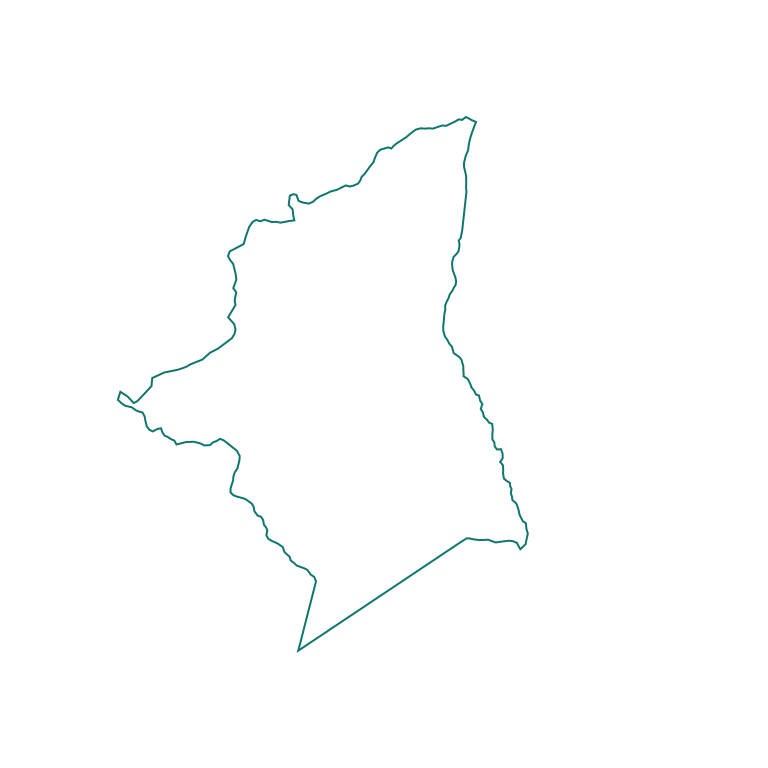 outline of Coronel Sapucaia, Mato Grosso do Sul, Brazil, rotated 36°
{"feature_id": "56859067B59177050807498", "entity_name": "Coronel Sapucaia", "entity_type": "district", "adm_level": 2, "iso_a3": "BRA", "parent_name": "Brazil", "parent_adm1": "Mato Grosso do Sul", "projection": "orthographic", "projection_center": [-55.397, -23.331], "detail": "fine", "context": "isolated", "style": "outline", "palette": "teal", "viewbox_px": 768, "rotation_deg": 36, "n_neighbors": 0, "source": "geoboundaries", "source_scale": "gbopen_adm2", "svg_char_len": 3741}
<svg xmlns="http://www.w3.org/2000/svg" viewBox="0 0 768 768"><g transform="rotate(36 384 384)"><path d="M304.4,117.9L299.7,119.0L296.5,119.3L293.3,119.9L292.0,124.4L288.8,126.1L287.2,130.0L284.7,134.5L282.6,138.5L279.2,140.6L276.7,144.0L273.5,148.6L269.9,150.8L267.2,153.2L263.2,155.7L260.1,159.7L258.2,165.9L256.9,171.4L255.2,175.8L253.8,179.4L252.6,182.6L251.8,186.0L251.5,189.2L248.5,190.0L246.2,192.8L243.3,196.7L242.5,200.9L243.8,206.6L245.1,210.9L244.8,214.7L244.8,221.0L244.8,225.4L244.2,229.7L245.2,233.4L245.2,237.2L242.7,241.5L240.3,244.3L236.3,245.9L234.1,250.0L232.0,254.3L227.8,259.4L225.7,263.4L224.0,266.3L222.2,269.3L220.4,273.6L219.4,278.4L217.1,282.3L211.9,284.8L207.3,286.1L201.9,282.5L199.0,283.8L197.1,287.0L201.7,295.2L207.5,296.5L211.7,301.2L215.3,304.3L210.7,308.7L207.8,311.9L205.4,314.3L201.4,316.2L197.9,319.0L193.4,320.4L190.7,321.4L188.3,325.1L184.1,326.4L182.4,330.2L182.6,336.1L185.4,345.5L188.2,353.3L181.3,367.3L182.6,372.2L186.4,374.1L191.4,375.5L199.2,382.1L203.2,386.3L205.7,395.0L210.5,396.6L214.0,404.1L217.4,407.4L218.7,421.7L227.6,423.6L232.0,427.4L233.7,431.6L234.0,436.5L228.8,453.2L224.9,460.9L222.7,471.0L217.7,478.9L215.4,482.7L213.9,486.4L210.9,490.8L208.8,493.7L199.5,503.8L193.0,515.4L194.6,518.1L197.1,522.3L195.9,532.5L194.5,543.0L192.7,546.5L183.6,544.8L175.3,545.3L178.0,553.2L183.1,553.9L187.6,553.7L193.5,551.1L199.1,551.1L202.0,550.3L205.5,549.0L209.5,551.0L212.6,554.0L217.0,557.7L221.0,558.9L224.8,558.3L226.9,554.0L229.5,550.9L233.6,553.6L237.0,554.7L239.9,554.0L244.1,553.8L247.6,553.0L251.7,554.9L255.1,550.8L258.3,547.0L260.8,545.1L263.8,542.7L267.5,541.1L270.9,539.9L274.7,539.3L279.1,535.8L280.0,531.7L282.3,528.1L283.5,524.8L287.4,523.8L292.4,524.0L298.1,524.2L304.1,524.5L309.6,527.1L312.0,530.9L313.3,534.2L315.0,538.3L315.2,543.3L316.5,547.3L318.5,550.5L320.0,555.0L321.3,558.8L323.7,562.0L327.7,562.5L331.3,561.5L334.7,560.2L339.0,558.6L342.9,558.5L347.2,558.5L350.7,559.9L354.1,563.2L359.0,564.7L362.8,563.7L366.1,565.1L369.6,568.4L372.9,569.4L375.6,570.9L377.7,575.5L381.5,577.3L385.9,576.8L391.5,575.6L398.0,575.4L401.9,578.3L404.9,578.9L408.9,579.1L412.5,581.7L416.7,581.7L420.2,582.2L427.3,580.1L431.1,579.4L434.0,580.3L436.9,581.3L440.9,581.1L445.0,583.6L471.4,650.1L539.3,466.0L541.7,460.1L544.5,458.4L548.0,456.9L553.5,453.8L556.5,451.4L559.9,448.7L563.7,447.7L567.5,446.5L569.8,444.3L572.7,441.5L575.2,439.2L577.5,437.1L580.7,435.4L585.0,434.4L587.6,435.8L591.4,437.5L592.2,433.4L592.7,430.2L591.3,427.5L589.9,424.1L588.2,420.4L584.4,417.5L580.6,413.2L577.1,413.4L574.0,411.9L570.5,410.1L567.1,407.0L564.3,404.9L561.1,402.8L556.1,402.4L553.5,399.7L550.7,397.7L548.9,394.0L546.1,392.5L543.8,389.9L540.1,390.3L536.6,390.0L532.8,386.3L531.0,383.5L528.1,379.9L523.8,378.8L523.6,374.2L520.8,370.6L516.9,368.0L514.0,370.5L510.3,369.5L507.8,366.6L504.1,365.0L501.1,360.8L498.9,357.1L495.0,352.7L491.8,353.5L488.7,352.5L484.1,351.8L480.7,348.8L476.9,347.3L475.4,342.4L471.6,341.0L467.6,337.5L464.6,338.5L461.3,336.6L457.2,335.5L453.2,332.9L448.7,330.7L443.9,331.0L442.0,328.4L439.6,325.6L437.8,323.1L435.1,321.0L432.5,318.9L429.3,317.9L425.8,317.9L422.3,318.1L419.6,315.9L416.9,313.9L413.2,313.0L409.1,311.0L405.2,309.7L400.5,305.9L397.9,302.4L394.6,296.6L391.6,291.7L389.8,287.7L387.4,284.7L386.3,280.4L385.7,276.4L384.5,272.8L384.5,268.7L383.9,265.0L383.7,261.8L382.2,258.8L379.1,255.8L376.2,253.9L372.7,251.5L368.8,247.3L367.1,244.5L365.6,240.3L366.1,237.0L366.4,233.4L364.7,229.4L362.8,226.4L360.2,224.1L360.2,220.6L358.7,217.5L357.0,213.8L337.7,180.0L334.7,176.5L332.0,172.5L328.1,167.4L324.1,163.8L321.1,161.3L318.8,158.2L316.1,151.6L314.6,145.3L311.5,139.8L309.5,135.0L307.8,130.1L305.7,123.0L304.4,117.9Z" fill="none" stroke="#0f766e" stroke-width="2"/></g></svg>